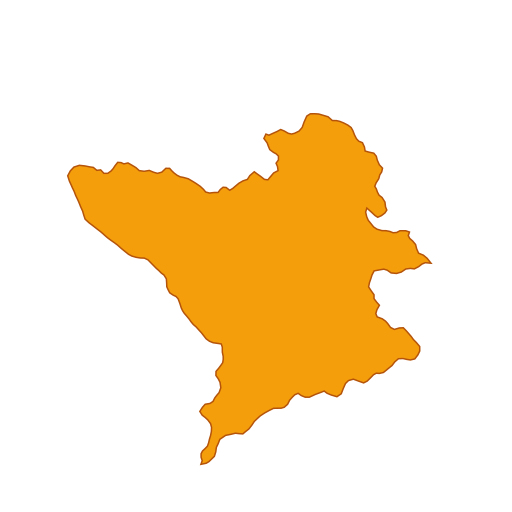 the district of Santa Cruz de Salinas, Minas Gerais, Brazil, rotated 239°
{"feature_id": "56859067B16259382882532", "entity_name": "Santa Cruz de Salinas", "entity_type": "district", "adm_level": 2, "iso_a3": "BRA", "parent_name": "Brazil", "parent_adm1": "Minas Gerais", "projection": "mercator", "projection_center": [-41.791, -16.046], "detail": "fine", "context": "isolated", "style": "filled", "palette": "amber", "viewbox_px": 512, "rotation_deg": 239, "n_neighbors": 0, "source": "geoboundaries", "source_scale": "gbopen_adm2", "svg_char_len": 4275}
<svg xmlns="http://www.w3.org/2000/svg" viewBox="0 0 512 512"><g transform="rotate(239 256 256)"><path d="M421.7,135.9L416.2,134.6L411.7,134.1L408.5,133.7L405.0,133.4L400.6,132.6L396.2,132.2L393.0,131.8L388.9,131.1L383.7,130.5L380.1,129.5L375.6,128.5L370.7,129.9L366.7,131.5L361.0,133.7L356.9,135.3L353.9,136.3L350.9,137.2L347.9,138.2L344.0,139.8L340.9,141.2L336.8,142.9L331.9,144.4L327.2,146.1L323.1,147.6L319.8,149.6L316.6,152.6L313.9,155.8L311.7,159.2L308.4,161.4L303.8,162.5L300.0,163.4L296.7,164.2L293.6,165.2L290.3,166.0L287.1,167.3L282.6,167.4L278.5,165.3L275.6,163.7L272.4,163.3L268.8,163.1L265.0,164.9L262.5,166.6L259.5,167.2L254.5,166.3L250.0,165.2L246.9,164.9L243.8,165.0L240.5,165.6L236.5,166.2L232.6,166.5L229.5,167.0L225.9,168.2L222.1,168.9L218.2,169.7L210.7,170.6L206.9,172.2L203.7,174.6L200.8,178.2L198.5,180.9L195.3,180.2L190.9,177.6L186.9,176.2L184.2,174.6L181.7,172.5L180.3,169.4L179.0,166.2L177.7,162.3L174.2,160.1L170.2,160.4L166.2,160.1L161.2,158.0L157.9,154.0L156.9,150.9L155.6,147.6L153.5,144.3L153.3,140.7L155.1,136.1L153.9,132.2L151.7,127.8L147.3,127.9L143.7,129.3L140.2,130.3L135.6,130.7L131.9,129.6L128.6,127.4L125.6,124.7L123.0,121.8L120.3,119.2L118.0,116.4L117.1,113.0L116.4,109.7L114.8,107.1L111.8,105.3L108.3,104.5L105.8,101.5L104.0,106.6L104.0,109.8L104.8,113.3L105.7,117.1L108.8,120.6L112.4,123.5L114.5,126.7L117.5,130.6L117.9,137.6L116.2,142.3L114.7,147.1L112.6,149.8L110.3,153.1L110.9,156.8L111.4,160.8L113.1,165.2L115.1,169.4L116.0,173.5L116.8,177.4L117.0,182.8L116.8,187.6L116.4,192.6L114.4,196.1L112.6,199.2L111.8,202.3L112.6,206.7L115.1,210.6L116.3,214.5L117.1,217.7L116.6,221.4L113.1,222.9L109.7,225.4L107.5,229.0L106.8,235.6L106.0,239.7L105.1,244.9L101.8,246.2L98.1,248.9L93.7,252.9L94.0,258.1L97.5,262.6L100.6,267.0L101.6,271.1L100.3,276.0L95.3,280.0L91.8,282.9L91.5,286.9L92.6,291.5L93.7,295.5L93.6,298.7L91.8,301.3L90.5,305.3L91.5,312.0L92.1,316.3L93.8,320.5L94.6,325.2L92.4,329.2L89.8,331.9L87.4,334.8L86.0,339.1L87.8,343.7L90.2,347.4L94.1,349.7L99.2,348.9L103.3,347.9L106.8,347.6L110.5,347.0L114.4,346.3L118.6,345.3L120.5,341.8L121.8,336.8L125.5,334.5L130.3,334.1L133.4,333.5L137.1,331.9L141.4,328.5L144.9,329.0L147.7,332.0L150.2,336.4L154.5,335.6L158.7,335.2L162.0,337.2L166.9,336.8L171.5,336.6L174.7,339.5L177.1,342.4L180.0,345.7L182.4,349.6L180.5,354.7L178.9,358.8L176.2,361.2L171.9,363.1L168.7,367.4L167.4,372.2L167.7,377.7L165.9,381.9L163.4,385.1L163.1,390.0L163.6,394.1L163.1,397.6L159.7,402.3L165.9,401.5L170.5,399.9L174.7,396.8L179.4,397.4L183.6,398.7L188.2,398.0L191.9,396.8L195.0,397.0L197.5,399.9L200.5,397.4L203.5,392.4L203.7,388.7L205.3,385.5L208.2,383.3L210.7,380.5L212.9,377.0L216.7,373.5L220.3,371.8L223.9,371.3L228.8,370.6L232.6,371.1L237.2,372.6L240.0,375.7L233.9,377.6L229.3,378.9L226.5,380.3L226.0,384.3L226.5,388.7L228.0,391.8L231.3,392.3L235.8,394.3L241.1,394.2L244.8,392.8L248.3,393.0L251.5,393.7L254.6,393.7L256.8,396.6L259.0,401.0L261.8,403.9L263.3,407.0L266.1,409.7L270.6,408.7L275.6,409.3L279.6,410.5L283.5,409.9L286.8,406.4L289.8,403.6L293.6,405.1L298.3,405.6L301.5,403.2L304.8,402.5L309.1,402.8L313.6,403.6L317.1,403.7L320.8,402.2L325.0,399.6L328.3,397.1L330.6,394.7L332.8,391.2L338.2,389.5L341.4,386.6L345.4,382.9L347.9,379.3L349.9,375.8L349.8,371.6L346.1,366.3L342.4,361.8L340.9,357.2L341.3,352.4L342.2,349.3L344.6,346.8L348.6,344.6L351.7,342.3L351.9,338.0L352.5,333.2L352.9,329.3L355.4,327.3L352.7,323.3L347.2,323.8L343.6,323.1L340.1,322.6L335.9,324.3L333.2,325.9L330.1,326.7L326.8,324.7L325.2,321.0L321.6,320.5L317.8,318.9L318.1,313.9L316.4,308.9L315.2,305.4L317.3,302.7L322.1,300.9L325.4,299.4L329.1,297.9L328.1,292.1L326.1,288.1L327.1,283.6L327.2,278.9L326.5,274.4L325.9,270.9L325.9,267.3L330.1,265.7L331.9,263.2L331.4,259.7L330.0,256.2L332.1,252.6L333.9,248.6L336.8,245.8L340.2,245.3L344.4,244.1L349.0,242.0L352.7,240.1L357.1,237.7L360.9,234.1L362.9,231.8L365.9,229.9L369.4,228.5L372.4,227.7L375.6,227.1L377.6,223.9L376.4,218.4L377.6,214.1L380.5,211.4L384.3,208.6L386.2,203.8L389.3,199.9L393.6,198.6L397.4,196.6L401.7,194.2L403.0,190.2L405.6,188.4L407.5,185.7L406.0,181.7L404.5,178.6L403.5,175.5L403.2,171.5L405.2,168.2L409.8,167.2L411.4,163.7L415.7,162.2L418.0,159.4L421.2,155.9L424.7,151.3L426.0,145.7L424.6,140.7L421.7,135.9Z" fill="#f59e0b" stroke="#b45309" stroke-width="1.5"/></g></svg>